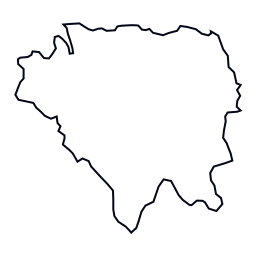 outline of Souni Zanakia, Limassol, Cyprus
{"feature_id": "46923920B21647228964457", "entity_name": "Souni Zanakia", "entity_type": "district", "adm_level": 2, "iso_a3": "CYP", "parent_name": "Cyprus", "parent_adm1": "Limassol", "projection": "mercator", "projection_center": [32.882, 34.731], "detail": "fine", "context": "isolated", "style": "outline", "palette": "ink", "viewbox_px": 256, "rotation_deg": 0, "n_neighbors": 0, "source": "geoboundaries", "source_scale": "gbopen_adm2", "svg_char_len": 1661}
<svg xmlns="http://www.w3.org/2000/svg" viewBox="0 0 256 256"><path d="M131.2,232.6L136.3,228.0L138.7,221.0L141.4,211.8L145.4,205.6L153.4,201.8L156.6,192.4L158.6,186.6L163.6,179.4L171.1,181.0L178.7,195.2L182.7,199.8L189.3,204.8L191.5,205.2L196.9,200.6L202.6,200.8L205.0,202.4L208.8,208.6L216.4,211.0L222.4,204.0L221.0,198.0L216.0,194.0L214.4,185.4L211.0,180.4L210.2,173.0L213.8,166.6L225.0,163.2L232.3,160.6L230.7,153.6L228.1,147.0L226.8,143.4L223.1,137.8L224.0,130.2L225.7,121.4L225.2,116.4L227.6,112.5L237.3,111.7L240.6,110.5L236.7,106.7L237.3,100.8L240.2,95.8L237.0,90.0L239.4,86.8L240.6,84.9L236.5,83.3L234.1,72.4L228.6,67.0L227.8,55.8L223.2,49.4L218.2,35.6L210.8,31.3L211.0,33.4L208.4,35.4L201.8,33.7L195.8,29.2L187.0,26.9L180.4,26.0L177.1,30.8L169.0,32.9L163.1,35.2L153.0,32.8L149.4,28.9L145.8,30.1L141.9,29.6L138.2,25.5L133.5,25.2L131.0,25.2L121.6,25.7L117.4,26.4L114.9,30.3L106.5,30.8L102.0,28.4L98.3,28.7L92.9,30.5L88.5,29.2L79.4,23.4L69.5,24.0L63.5,24.5L66.7,28.0L67.8,33.5L70.2,40.5L72.4,48.2L73.1,53.2L69.7,53.7L68.5,47.2L66.2,43.0L62.2,38.7L58.5,35.9L54.8,37.0L54.1,42.8L55.9,48.4L52.2,54.2L49.0,58.4L44.0,58.1L39.1,52.1L32.6,51.4L31.4,54.9L27.8,57.0L20.1,57.7L17.9,59.3L18.2,64.1L23.6,69.0L23.6,78.5L20.3,82.1L17.6,88.9L15.4,94.8L18.5,99.8L26.2,101.4L33.3,102.9L36.2,107.6L40.9,111.8L44.9,115.9L51.0,118.7L56.7,116.5L57.5,123.0L60.5,126.2L58.4,131.0L64.5,135.4L64.5,138.5L63.5,142.2L62.9,144.6L69.3,149.9L72.9,153.6L77.5,161.7L82.5,158.5L88.7,161.1L91.1,166.5L100.1,176.3L107.8,184.4L113.0,190.6L113.3,200.1L113.3,209.5L114.4,216.1L118.3,221.7L119.7,222.6L125.7,226.6L130.0,231.1L131.2,232.6Z" fill="none" stroke="#020617" stroke-width="2"/></svg>